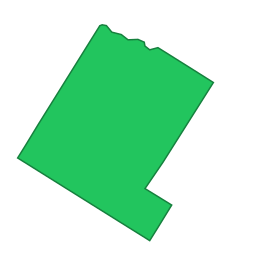 outline of Lawrence, South Dakota, United States of America, rotated 32°
{"feature_id": "52423323B97132766145301", "entity_name": "Lawrence", "entity_type": "district", "adm_level": 2, "iso_a3": "USA", "parent_name": "United States of America", "parent_adm1": "South Dakota", "projection": "mercator", "projection_center": [-103.839, 44.373], "detail": "fine", "context": "isolated", "style": "filled", "palette": "green", "viewbox_px": 256, "rotation_deg": 32, "n_neighbors": 0, "source": "geoboundaries", "source_scale": "gbopen_adm2", "svg_char_len": 440}
<svg xmlns="http://www.w3.org/2000/svg" viewBox="0 0 256 256"><g transform="rotate(32 128 128)"><path d="M50.3,197.7L50.3,211.9L170.6,212.0L206.1,212.0L206.1,196.6L205.9,170.2L174.5,170.4L175.8,138.5L176.3,44.2L157.9,44.1L110.8,44.0L105.0,50.2L98.9,49.5L96.3,46.6L89.5,47.6L81.3,53.2L72.8,52.3L63.5,55.3L55.4,52.6L51.4,54.2L49.9,56.2L49.9,66.3L49.9,75.6L50.0,172.6L50.3,197.7Z" fill="#22c55e" stroke="#15803d" stroke-width="1.5"/></g></svg>